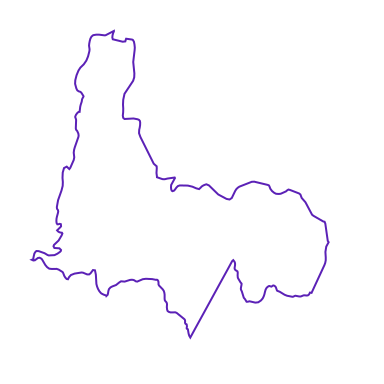 the Administrative State of Tigray, rotated 191°
{"feature_id": "ETH-3110", "entity_name": "Tigray", "entity_type": "Administrative State", "adm_level": 1, "iso_a3": "ETH", "parent_name": "Ethiopia", "parent_adm1": "", "projection": "equal_earth", "projection_center": [38.617, 13.565], "detail": "fine", "context": "isolated", "style": "outline", "palette": "violet", "viewbox_px": 384, "rotation_deg": 191, "n_neighbors": 0, "source": "natural_earth", "source_scale": "10m", "svg_char_len": 4784}
<svg xmlns="http://www.w3.org/2000/svg" viewBox="0 0 384 384"><g transform="rotate(191 192 192)"><path d="M48.3,168.8L49.8,164.0L49.6,158.6L48.2,153.2L47.7,150.5L47.7,147.7L48.1,145.4L55.4,115.8L57.0,115.8L57.6,113.7L58.6,112.6L60.0,112.2L61.7,112.1L62.8,111.8L65.3,110.2L67.0,109.9L70.6,109.9L71.3,109.6L72.6,108.6L73.4,108.3L78.9,108.3L81.5,108.8L86.8,110.8L89.5,111.3L89.9,111.7L91.4,114.3L92.0,115.0L92.7,115.4L93.4,115.7L94.2,115.8L94.7,115.6L95.9,114.3L96.5,114.3L98.0,114.5L98.6,114.3L99.6,113.4L100.5,112.1L101.1,110.3L101.3,108.0L101.4,105.4L101.7,103.2L102.3,101.0L103.6,98.7L105.9,96.4L108.7,95.5L114.7,95.7L116.4,94.9L117.5,94.7L119.5,96.9L121.0,98.1L124.1,103.9L125.3,105.5L125.6,106.4L125.7,108.0L125.7,110.5L125.9,111.6L127.1,112.5L130.3,116.1L130.7,116.7L131.3,118.8L131.7,121.5L132.2,122.7L133.2,123.2L134.0,123.4L134.9,124.0L135.5,124.8L135.7,125.8L135.8,128.6L136.2,130.4L137.0,131.7L138.5,133.0L139.4,131.8L142.3,122.6L147.0,108.0L152.1,92.0L157.3,75.7L162.6,59.2L165.9,48.8L167.3,50.4L168.3,52.3L169.8,56.3L170.2,56.7L171.0,56.8L171.2,57.1L171.3,57.6L171.3,58.7L171.3,59.1L171.6,59.9L171.8,60.6L172.1,61.1L173.1,61.3L173.8,62.1L174.0,62.9L174.1,63.9L174.5,65.0L175.2,65.7L184.0,70.4L185.4,70.7L190.0,69.7L191.9,69.9L193.2,70.5L194.0,71.8L194.5,73.5L194.7,74.0L195.1,77.0L195.5,78.1L196.2,79.0L197.2,79.7L198.0,80.5L198.5,81.9L199.3,86.0L200.0,88.0L200.9,89.6L202.2,90.9L206.5,93.9L207.2,94.8L207.7,97.1L208.1,98.1L209.1,99.1L209.8,99.2L210.5,98.9L214.5,98.9L220.7,98.0L223.7,97.0L228.7,93.6L230.2,93.6L231.7,94.3L233.2,94.5L234.7,94.3L236.2,93.8L241.0,91.2L244.6,90.8L246.1,89.4L248.8,86.2L252.2,84.1L253.8,82.8L255.0,80.8L255.2,78.8L255.1,76.8L255.2,75.0L256.2,73.6L256.4,74.0L259.2,74.4L261.6,75.1L262.4,75.6L264.1,77.0L265.8,79.0L267.2,81.2L268.3,83.5L270.6,92.5L272.3,96.6L274.3,96.5L276.1,92.8L277.2,91.5L279.2,91.1L283.6,92.0L285.1,91.9L291.7,89.5L295.0,87.4L296.5,84.9L297.1,82.7L298.5,82.7L300.1,83.9L301.3,85.2L303.0,87.9L303.5,88.5L303.9,88.8L308.1,90.4L310.2,90.7L313.9,89.9L314.9,89.7L317.5,89.5L319.9,90.6L322.1,92.4L326.4,97.3L327.6,98.0L329.1,98.4L330.7,97.8L333.2,95.0L334.7,94.5L336.3,94.9L335.7,95.3L334.9,96.0L335.1,96.9L335.1,98.4L335.0,101.2L335.0,101.5L334.4,103.0L333.9,103.9L333.6,104.2L333.4,104.4L331.2,104.7L325.1,103.8L321.8,102.6L320.5,102.4L314.9,103.8L312.3,105.8L310.1,108.1L309.5,109.1L309.5,110.1L311.4,111.4L316.4,110.8L317.6,112.3L317.4,113.7L313.7,118.9L311.7,124.5L311.3,126.5L311.9,127.2L313.1,127.1L314.5,127.2L315.9,127.7L317.1,128.6L314.4,132.5L314.0,133.4L314.6,135.4L315.8,135.5L317.1,134.8L318.0,134.6L319.0,135.7L319.6,137.7L319.9,139.9L319.9,141.8L319.6,145.8L319.6,147.3L320.1,148.6L321.3,149.8L321.6,150.7L321.8,151.4L321.8,152.0L321.9,158.4L320.4,168.5L320.1,173.3L320.7,177.2L321.8,181.1L322.6,186.4L322.2,191.1L319.8,193.0L316.8,191.1L316.1,192.5L314.2,200.9L314.2,203.6L315.6,208.0L315.8,210.8L315.6,213.4L314.0,224.5L314.1,225.9L314.7,227.6L315.0,228.1L316.2,229.8L316.7,230.3L317.4,230.8L317.7,231.1L318.2,232.3L319.5,240.6L320.0,241.7L320.9,243.2L321.0,243.8L320.6,245.7L319.7,247.6L318.6,249.0L317.6,249.2L318.0,254.3L317.9,256.5L317.5,259.6L317.6,262.0L317.3,263.2L316.7,265.0L316.9,265.5L319.4,268.2L320.6,269.0L322.4,269.2L324.0,269.9L325.3,271.6L327.4,275.9L327.9,279.5L327.6,284.6L326.6,289.6L325.3,292.8L322.6,296.7L320.8,300.8L319.9,305.3L319.6,310.8L319.8,312.6L321.0,316.0L321.2,318.2L321.2,320.7L321.0,323.2L320.3,325.4L318.9,327.1L316.2,328.1L313.4,328.7L307.6,329.1L306.7,329.4L299.4,335.2L299.3,334.8L299.7,333.1L299.9,330.8L299.7,328.5L298.9,326.8L288.7,326.3L286.2,327.1L286.0,329.5L285.9,329.9L279.9,330.2L279.1,330.0L277.7,328.5L276.6,325.8L275.7,322.8L275.4,320.4L274.5,308.4L271.2,297.4L270.6,293.5L271.0,289.9L277.0,275.5L277.1,269.4L276.4,264.6L275.4,260.7L274.8,257.2L274.5,253.8L273.7,251.7L272.2,250.8L263.4,253.0L259.2,253.0L257.8,252.7L256.7,251.8L256.1,250.2L255.7,247.7L255.6,245.1L255.7,243.0L255.2,239.6L253.1,236.1L235.0,212.5L233.0,211.3L231.6,210.5L231.1,208.5L230.5,203.9L229.4,200.6L229.2,199.8L223.5,199.0L221.8,199.2L220.6,199.6L218.7,200.5L211.8,202.9L211.4,202.4L213.8,194.9L213.5,192.5L212.9,190.6L212.1,189.4L211.2,189.1L209.8,190.0L209.0,191.5L208.2,193.3L207.0,195.1L205.3,196.1L197.3,197.5L192.6,197.3L188.5,196.4L185.6,196.2L184.3,198.0L183.5,199.3L182.0,200.7L180.3,201.8L179.3,202.3L176.6,201.7L165.8,194.6L156.8,191.8L153.7,191.8L151.8,193.7L149.8,201.3L149.0,203.3L147.8,205.0L146.5,206.3L135.3,213.4L132.9,214.0L118.9,213.4L117.7,213.1L117.0,212.2L115.7,210.1L113.6,208.2L111.2,206.9L109.2,206.3L106.6,206.6L104.9,207.1L104.3,207.4L99.9,210.5L98.9,211.8L97.8,212.8L96.1,212.7L86.6,211.0L85.1,210.2L83.2,207.1L78.7,203.6L69.8,192.6L68.2,191.8L57.5,188.1L56.2,188.1L55.1,186.4L49.4,169.9L48.3,168.8Z" fill="none" stroke="#5b21b6" stroke-width="2"/></g></svg>